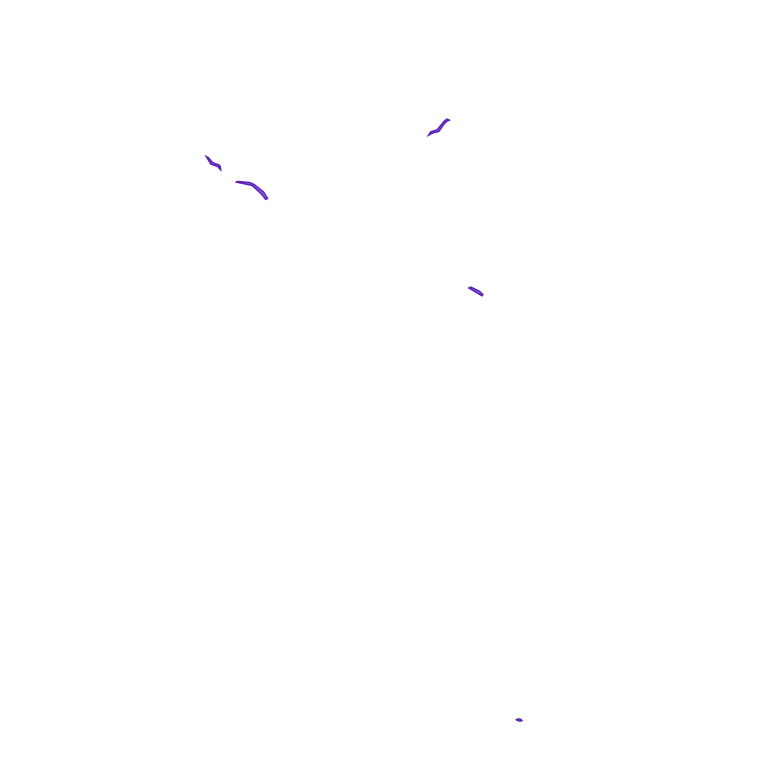 Marshall Islands, Mercator projection, rotated 200°
{"feature_id": "MHL", "entity_name": "Marshall Islands", "entity_type": "country or territory", "adm_level": 0, "iso_a3": "MHL", "parent_name": "Oceania", "parent_adm1": "", "projection": "mercator", "projection_center": [169.926, 8.484], "detail": "fine", "context": "isolated", "style": "filled", "palette": "violet", "viewbox_px": 768, "rotation_deg": 200, "n_neighbors": 0, "source": "natural_earth", "source_scale": "50m", "svg_char_len": 739}
<svg xmlns="http://www.w3.org/2000/svg" viewBox="0 0 768 768"><g transform="rotate(200 384 384)"><path d="M563.5,520.3L575.9,525.5L592.5,523.1L589.9,524.6L583.7,526.1L579.5,527.3L576.8,527.3L573.5,526.8L562.8,523.2L556.9,518.5L558.3,517.0L563.5,520.3ZM417.3,651.5L415.4,654.5L412.9,654.3L415.0,652.1L416.5,648.9L418.9,640.0L423.8,636.8L427.2,633.1L426.4,636.9L421.0,641.0L417.3,651.5ZM610.8,529.4L614.6,531.5L621.9,531.4L628.7,536.9L626.1,536.5L622.4,534.2L619.0,533.2L614.5,533.5L612.4,532.6L610.8,529.4ZM337.1,503.2L335.6,504.7L326.1,503.8L321.7,501.9L322.1,500.4L329.7,501.8L337.1,503.2ZM143.8,115.0L141.2,115.7L139.3,115.0L140.7,113.7L143.6,113.5L144.7,113.8L143.8,115.0Z" fill="#8b5cf6" stroke="#5b21b6" stroke-width="1.5"/></g></svg>